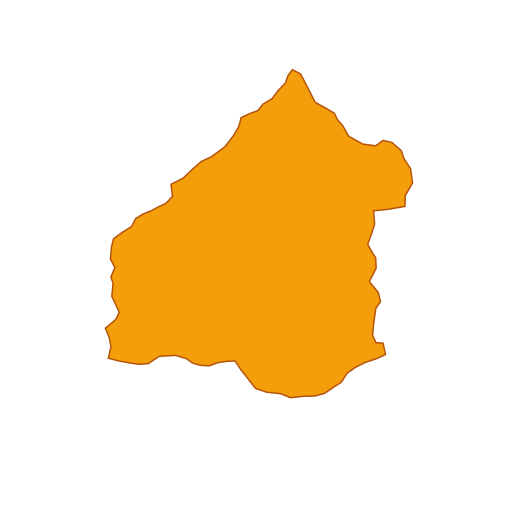 the district of Nova Canaã Paulista, São Paulo, Brazil, rotated 245°
{"feature_id": "56859067B96642600712533", "entity_name": "Nova Canaã Paulista", "entity_type": "district", "adm_level": 2, "iso_a3": "BRA", "parent_name": "Brazil", "parent_adm1": "São Paulo", "projection": "mercator", "projection_center": [-50.91, -20.369], "detail": "fine", "context": "isolated", "style": "filled", "palette": "amber", "viewbox_px": 512, "rotation_deg": 245, "n_neighbors": 0, "source": "geoboundaries", "source_scale": "gbopen_adm2", "svg_char_len": 1377}
<svg xmlns="http://www.w3.org/2000/svg" viewBox="0 0 512 512"><g transform="rotate(245 256 256)"><path d="M409.5,367.7L406.2,361.5L400.4,355.7L396.5,345.9L391.8,337.0L390.7,326.6L387.0,319.2L387.7,310.8L387.7,301.0L380.8,295.3L375.0,287.1L368.2,274.3L364.8,257.4L364.8,246.5L361.7,235.7L357.3,222.6L356.9,209.3L345.3,205.5L341.8,196.6L341.8,188.5L341.3,180.8L341.8,171.4L340.9,163.0L335.4,155.9L334.0,145.0L331.9,134.3L325.4,128.9L314.5,122.7L305.3,123.3L298.2,115.6L291.6,114.9L280.4,108.3L262.9,108.3L257.9,102.5L254.2,89.0L244.1,88.5L235.0,86.2L225.8,79.0L219.7,86.2L212.5,96.3L207.4,104.0L204.0,112.9L206.0,126.0L199.8,141.3L192.2,149.7L185.9,153.2L180.6,159.1L176.2,167.2L175.5,176.4L172.6,185.8L169.7,192.7L159.5,194.2L144.6,197.7L136.2,199.6L128.0,208.2L120.8,220.1L113.0,227.5L108.3,241.1L104.4,249.5L102.5,260.0L104.4,271.3L105.5,279.9L111.3,289.1L113.0,298.7L113.4,309.9L112.0,321.5L112.0,331.8L123.3,334.3L126.8,328.1L134.8,328.1L145.4,334.3L157.9,342.5L162.0,349.6L171.1,351.4L184.9,347.9L194.3,359.8L203.8,363.7L211.0,362.7L219.4,362.2L227.1,369.9L234.6,376.9L247.3,381.7L242.6,395.1L238.0,411.9L247.7,416.9L256.1,428.8L269.8,433.0L282.1,431.2L289.9,432.2L301.3,427.3L307.1,420.0L305.3,411.1L312.3,400.1L325.4,390.6L337.4,389.7L345.3,387.4L352.2,387.4L358.4,383.2L370.3,374.6L402.0,373.4L409.5,367.7Z" fill="#f59e0b" stroke="#b45309" stroke-width="1.5"/></g></svg>